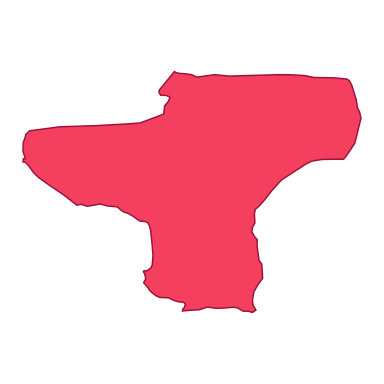 Chedepo, River Gee, Liberia (Robinson projection)
{"feature_id": "62588387B99879349198662", "entity_name": "Chedepo", "entity_type": "district", "adm_level": 2, "iso_a3": "LBR", "parent_name": "Liberia", "parent_adm1": "River Gee", "projection": "robinson", "projection_center": [-8.027, 5.46], "detail": "fine", "context": "isolated", "style": "filled", "palette": "rose", "viewbox_px": 384, "rotation_deg": 0, "n_neighbors": 0, "source": "geoboundaries", "source_scale": "gbopen_adm2", "svg_char_len": 2097}
<svg xmlns="http://www.w3.org/2000/svg" viewBox="0 0 384 384"><path d="M143.7,282.8L144.6,283.8L148.0,287.7L149.5,290.3L152.6,293.2L156.1,295.8L159.9,297.5L168.5,297.8L172.8,299.9L175.6,301.0L179.1,301.9L181.7,302.1L183.4,302.2L185.1,303.9L185.5,304.2L184.4,307.1L182.7,309.4L182.5,311.0L187.2,310.5L199.6,309.7L207.2,307.1L209.4,307.4L216.3,308.3L224.9,308.0L233.5,307.2L237.8,308.0L243.2,311.2L248.2,311.2L252.5,312.4L255.9,310.1L252.8,304.6L252.5,299.7L253.9,291.8L256.4,287.4L258.0,284.6L262.6,278.3L261.8,264.2L260.9,262.9L260.6,262.5L259.0,260.2L258.9,259.3L257.0,245.8L257.3,240.0L254.5,236.6L251.8,231.7L252.5,227.4L254.9,222.9L254.4,214.0L255.2,209.4L259.5,205.7L264.6,199.9L267.8,195.8L272.7,189.6L281.3,180.1L295.3,170.9L299.8,168.1L305.4,164.3L311.7,161.2L321.6,159.5L334.0,159.2L343.6,159.3L347.2,154.7L354.8,143.2L357.8,131.1L360.0,122.2L360.7,119.3L361.0,118.4L359.7,112.3L357.5,108.0L356.2,99.6L351.8,85.4L351.4,84.5L349.4,80.8L346.8,79.0L333.3,77.8L314.0,77.5L304.2,75.5L288.3,74.7L285.2,74.7L278.3,74.7L245.3,75.6L230.1,76.1L229.4,76.1L214.7,74.7L210.0,75.3L200.2,76.7L196.9,77.1L191.5,74.6L184.1,73.7L178.8,73.3L176.4,72.7L174.3,71.6L172.0,74.5L160.9,88.1L159.1,90.3L159.1,92.8L160.8,95.3L162.0,95.3L162.8,95.3L166.3,95.5L168.5,96.4L170.0,97.2L169.3,98.9L168.4,101.3L164.6,105.9L163.7,114.1L162.9,114.4L145.3,121.0L139.9,123.0L131.0,123.6L129.8,123.8L104.0,125.2L97.0,125.6L59.8,126.8L59.0,126.9L30.3,130.7L29.7,130.8L29.0,131.4L25.8,134.4L25.5,136.3L23.3,142.5L23.1,146.6L23.0,151.5L25.4,158.6L23.3,158.8L23.1,162.0L24.3,162.1L25.8,162.7L26.9,163.9L28.5,165.6L33.7,172.8L38.9,177.8L49.3,185.2L63.1,194.5L76.9,205.2L79.6,204.6L80.9,204.3L85.4,205.7L87.5,206.3L89.4,205.8L90.4,205.8L100.0,204.0L103.7,204.9L107.3,205.9L109.4,206.1L117.3,206.9L120.3,209.5L122.0,210.8L123.5,211.9L128.0,213.3L132.3,215.8L139.7,221.0L145.4,221.6L147.6,222.6L148.3,223.6L148.4,223.9L149.2,225.2L150.6,230.2L152.0,243.2L153.0,255.6L152.2,265.3L150.9,267.9L146.6,271.0L144.2,270.6L143.4,271.7L144.6,273.7L145.8,278.8L144.1,281.7L143.7,282.8Z" fill="#f43f5e" stroke="#9f1239" stroke-width="1.5"/></svg>